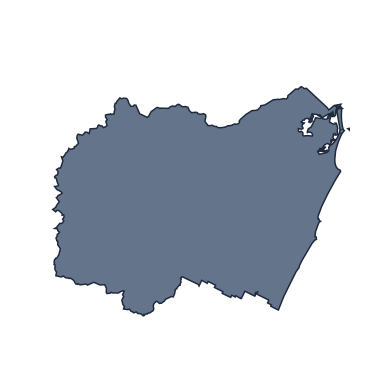 Tweed, New South Wales, Australia (Natural Earth projection), rotated 17°
{"feature_id": "25037944B14398404968325", "entity_name": "Tweed", "entity_type": "district", "adm_level": 2, "iso_a3": "AUS", "parent_name": "Australia", "parent_adm1": "New South Wales", "projection": "natural_earth1", "projection_center": [153.453, -28.35], "detail": "fine", "context": "isolated", "style": "filled", "palette": "slate", "viewbox_px": 384, "rotation_deg": 17, "n_neighbors": 0, "source": "geoboundaries", "source_scale": "gbopen_adm2", "svg_char_len": 5915}
<svg xmlns="http://www.w3.org/2000/svg" viewBox="0 0 384 384"><g transform="rotate(17 192 192)"><path d="M309.1,279.6L310.3,265.1L314.8,237.8L316.4,233.3L316.4,230.1L317.3,224.8L321.7,206.5L323.5,202.0L324.9,201.0L323.9,198.7L322.7,198.9L321.7,193.8L322.2,184.9L322.6,183.5L323.5,182.4L322.3,182.3L321.1,180.7L320.8,181.1L320.3,180.7L319.7,178.9L319.7,176.4L320.3,167.3L322.3,154.6L325.5,138.9L328.1,128.9L327.4,127.8L324.5,127.3L322.0,125.3L320.0,121.9L318.9,118.6L317.3,110.6L317.2,101.7L318.1,93.0L319.7,88.6L318.7,88.3L317.1,86.1L314.3,80.4L312.3,74.7L310.9,68.8L311.2,68.4L307.6,69.2L306.8,72.1L315.2,88.8L315.8,88.8L315.3,89.1L315.8,92.3L316.2,92.4L315.8,92.6L315.2,97.2L313.9,101.6L312.5,104.6L309.8,108.3L309.9,109.5L310.6,109.8L309.9,109.8L310.7,111.7L310.3,113.6L309.3,114.9L302.6,118.8L301.5,117.3L300.3,116.7L300.4,116.1L304.1,115.1L301.0,115.8L301.2,115.0L302.4,114.8L301.3,114.3L301.7,113.6L303.4,114.8L302.3,113.2L304.0,113.7L305.2,111.3L305.8,111.7L304.4,114.0L304.3,114.5L304.5,115.1L307.2,114.5L309.1,112.9L308.9,112.5L307.3,114.1L306.7,113.7L304.5,114.6L306.5,110.2L306.1,110.0L305.0,110.7L303.6,112.8L302.8,112.7L303.8,111.8L304.6,108.9L306.4,106.7L307.7,105.9L309.4,106.4L310.1,106.0L311.3,101.4L310.1,103.0L309.7,102.4L310.0,101.1L312.4,101.2L313.0,100.0L311.7,100.0L310.6,97.9L310.8,97.0L310.2,95.4L311.7,94.3L312.3,95.8L314.2,94.9L314.2,93.9L312.9,90.6L312.8,88.7L310.0,84.1L309.2,84.2L309.5,84.4L309.1,85.1L307.6,85.7L303.5,85.1L302.7,83.7L302.7,80.8L300.7,77.9L299.7,80.8L300.9,81.4L299.1,83.2L295.9,83.8L294.8,83.4L292.7,84.3L288.6,84.8L287.0,94.9L284.7,97.7L284.7,101.1L285.0,101.5L286.1,100.4L289.1,100.4L290.7,102.2L290.6,103.4L286.6,104.1L282.2,105.8L281.3,105.3L280.9,103.2L280.2,102.5L278.5,102.0L277.9,103.0L276.1,102.9L275.2,100.3L278.3,99.9L279.5,99.0L279.5,98.3L278.0,97.0L277.8,95.0L279.0,94.0L279.2,93.1L275.6,93.8L276.2,93.4L275.9,92.9L276.5,92.6L277.1,90.8L278.4,90.4L278.6,89.0L281.0,87.7L283.8,88.8L283.4,86.5L283.7,85.0L284.2,88.8L283.4,89.4L283.1,90.9L284.7,91.1L286.1,89.3L285.4,86.3L286.2,84.6L285.1,83.0L283.9,84.5L284.2,83.3L283.7,82.6L284.1,82.1L292.0,80.9L293.0,81.6L291.2,81.6L290.7,82.1L295.1,82.6L299.7,77.4L300.9,77.0L301.5,76.1L303.2,75.6L303.6,74.7L302.9,74.4L303.2,73.9L303.8,75.0L303.7,76.3L304.7,76.6L305.0,77.6L303.9,78.0L302.7,77.2L303.2,76.6L303.6,77.4L304.2,77.3L303.1,76.1L302.0,76.4L301.4,77.5L303.4,79.1L306.2,78.0L306.7,76.3L305.7,71.9L306.1,69.0L304.3,68.1L305.1,67.2L307.4,67.9L308.6,67.3L309.4,67.6L311.0,67.4L309.1,67.3L308.5,65.8L308.8,64.5L302.7,67.7L298.8,73.6L296.8,71.9L271.1,59.4L269.2,60.3L266.0,59.3L264.9,60.1L263.5,62.7L261.2,63.1L260.2,64.5L255.6,71.8L255.9,73.9L254.7,75.6L252.2,75.9L248.4,78.1L247.6,78.0L242.7,80.1L236.2,87.5L232.5,89.4L232.7,90.7L230.8,94.1L229.2,95.3L225.6,96.6L221.0,102.0L217.2,108.1L216.4,110.3L217.0,111.5L216.5,112.9L215.3,114.0L212.4,114.7L210.4,116.7L206.6,118.4L205.1,120.0L202.3,121.5L198.1,122.9L196.2,122.2L194.5,122.7L191.6,122.3L189.6,123.4L187.8,123.7L183.7,120.7L183.2,115.7L182.5,114.3L180.2,113.7L178.0,115.0L175.1,115.5L173.8,114.5L172.4,114.6L168.3,116.3L165.8,115.1L163.4,112.2L160.7,112.2L157.9,113.3L154.0,112.0L152.6,112.5L150.9,115.1L148.0,115.5L145.9,117.3L145.1,118.9L137.4,121.0L137.0,121.6L135.2,121.1L133.7,121.5L129.4,127.2L128.4,132.2L127.4,133.7L119.1,132.5L113.0,125.4L111.3,125.7L110.6,127.3L108.5,127.9L105.6,125.6L104.0,123.1L102.1,121.6L98.8,122.4L97.3,123.5L95.5,123.1L93.8,127.1L93.4,129.4L92.6,129.7L92.7,132.7L94.4,136.1L94.0,137.2L94.7,140.0L92.3,141.4L91.4,141.0L90.5,142.0L89.8,141.9L86.8,143.6L87.4,145.7L89.8,147.5L89.0,149.3L89.2,150.1L91.3,153.0L90.5,154.6L88.6,156.3L86.6,155.1L85.7,155.5L83.3,155.1L82.7,155.9L82.6,158.2L82.1,159.1L76.1,161.4L76.6,166.1L73.8,165.5L72.3,166.1L70.7,169.8L66.2,170.0L65.7,171.6L66.1,174.2L69.2,178.6L67.2,182.7L66.3,183.0L66.4,184.8L63.7,186.6L61.5,186.3L61.6,187.8L60.8,190.5L59.9,191.6L59.5,194.1L58.4,196.5L56.9,196.5L59.4,199.9L59.5,203.5L59.2,207.6L57.7,208.0L55.9,210.1L58.0,211.6L58.3,213.5L58.1,215.3L57.1,215.8L56.1,217.5L56.6,218.5L58.2,218.6L60.6,222.5L62.3,224.1L62.3,224.9L61.3,225.9L59.0,226.9L62.0,229.1L66.8,230.0L68.0,230.9L66.9,232.9L65.0,234.4L64.8,235.7L63.9,237.0L67.9,240.1L66.3,244.8L66.3,246.4L63.9,249.4L67.4,250.8L67.9,249.3L70.1,248.6L74.1,250.6L74.6,252.2L75.9,251.3L77.0,253.2L76.2,255.9L77.8,257.1L77.3,259.1L76.5,260.2L74.7,260.7L72.7,265.6L71.4,267.0L74.0,266.5L74.9,268.2L76.9,269.1L77.0,269.8L75.5,272.1L76.0,273.5L75.4,275.7L77.1,278.3L78.2,278.5L79.0,281.7L82.7,284.7L83.0,290.9L82.0,294.7L81.0,295.2L80.4,297.3L80.5,299.2L81.1,299.7L81.2,301.6L82.4,301.9L83.5,306.1L85.9,308.3L86.3,311.9L91.8,311.5L93.4,310.0L96.5,311.0L98.7,310.4L99.7,310.7L100.9,309.9L104.8,311.1L107.6,313.8L109.6,313.8L109.7,313.1L112.1,313.5L117.6,311.0L119.3,311.6L123.9,307.5L125.0,307.1L131.1,307.8L135.7,306.2L138.3,309.1L139.5,313.3L140.3,314.0L143.4,312.6L144.0,311.5L145.2,311.8L151.1,310.1L153.2,307.8L155.7,306.3L156.2,307.0L155.6,310.4L157.2,311.9L156.5,315.9L158.8,319.8L160.8,321.3L160.7,323.9L165.2,323.2L166.4,322.3L168.5,323.9L170.0,323.9L171.5,324.6L173.9,323.0L175.7,324.0L178.7,323.4L181.4,324.7L181.8,323.4L182.4,323.9L183.3,322.2L184.7,321.9L185.4,320.7L186.9,320.0L189.6,316.7L189.5,314.6L188.6,313.1L188.1,310.7L189.4,307.3L190.6,306.9L193.3,308.0L195.2,307.3L197.4,304.5L198.3,302.1L202.9,298.0L204.8,297.7L205.1,294.2L204.6,290.1L205.8,288.9L205.8,287.6L207.1,284.7L207.9,284.5L207.5,283.6L207.9,281.7L206.9,279.4L207.2,278.4L206.3,277.6L207.3,275.9L224.9,278.5L226.2,279.8L227.1,273.7L233.3,274.8L233.6,272.8L241.7,274.2L241.3,276.7L250.7,278.3L250.5,280.1L259.8,281.5L260.2,279.1L264.0,279.8L264.1,278.4L269.7,279.6L269.8,279.0L270.4,279.1L271.6,271.4L282.5,273.2L282.8,272.3L282.1,270.9L282.2,269.6L284.0,268.5L283.7,270.7L297.1,272.9L296.7,276.0L300.9,276.7L300.7,278.2L309.1,279.6ZM324.2,86.7L323.7,85.2L322.5,85.9L324.2,86.7Z" fill="#64748b" stroke="#1e293b" stroke-width="1.5"/></g></svg>